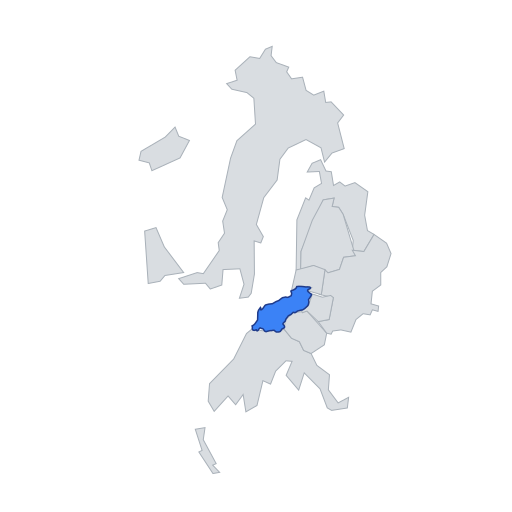 Albania and the surrounding countries, rotated 61°
{"feature_id": "ALB", "entity_name": "Albania", "entity_type": "country or territory", "adm_level": 0, "iso_a3": "ALB", "parent_name": "Europe", "parent_adm1": "", "projection": "mercator", "projection_center": [20.103, 41.151], "detail": "fine", "context": "with_neighbors", "style": "filled", "palette": "blue", "viewbox_px": 512, "rotation_deg": 61, "n_neighbors": 8, "source": "natural_earth", "source_scale": "50m", "svg_char_len": 4811}
<svg xmlns="http://www.w3.org/2000/svg" viewBox="0 0 512 512"><g transform="rotate(61 256 256)"><path d="M427.6,392.7L425.4,399.1L399.7,401.0L399.9,397.4L378.1,393.1L381.4,383.8L391.1,391.2L418.3,391.5L417.9,395.3L427.6,392.7ZM368.0,255.1L381.2,255.8L395.5,249.3L408.1,257.6L424.3,255.4L424.5,243.5L433.2,249.8L427.7,264.7L423.4,267.3L403.3,264.4L381.6,270.5L394.0,283.7L375.0,287.5L365.6,275.5L362.2,280.6L366.2,294.6L375.1,305.4L368.4,310.4L387.2,327.6L387.4,340.4L370.9,334.4L376.2,345.9L364.9,348.3L371.6,367.9L359.8,368.2L345.1,358.5L335.3,325.5L319.2,301.9L318.0,295.4L326.3,284.1L327.4,276.5L333.2,273.1L333.5,266.9L345.2,264.8L352.0,259.6L361.7,260.1L368.0,255.1Z" fill="#d9dde1" stroke="#a8b0b8" stroke-width="1"/><path d="M254.0,127.0L273.0,141.2L287.8,146.2L294.4,142.3L304.4,159.5L297.6,169.0L289.5,163.4L261.8,159.6L253.5,160.1L249.6,165.4L243.2,159.6L239.5,170.0L273.8,214.4L289.6,223.6L287.7,227.7L244.2,202.7L229.2,184.4L232.8,182.6L224.6,172.1L224.3,163.5L212.8,159.6L207.4,170.5L202.1,162.0L203.1,152.8L215.6,153.6L218.8,149.3L231.9,154.0L231.8,146.9L238.0,144.2L239.8,133.9L254.0,127.0Z" fill="#d9dde1" stroke="#a8b0b8" stroke-width="1"/><path d="M144.7,116.8L155.5,120.6L157.6,115.6L175.2,111.0L179.2,120.1L204.8,126.8L202.8,139.6L207.1,150.5L192.9,146.7L178.4,155.8L177.2,175.5L183.0,188.2L199.8,200.7L208.7,220.9L228.6,240.4L242.6,240.2L246.9,245.5L241.9,250.3L271.0,266.1L286.3,278.3L288.2,282.7L284.9,291.0L274.9,280.2L259.4,276.3L251.9,291.4L264.8,300.0L262.7,312.0L255.3,313.4L245.7,332.9L238.3,334.6L242.0,315.5L245.9,310.6L233.4,285.5L226.0,282.6L220.8,272.5L209.3,268.2L201.6,258.7L188.4,257.2L158.1,230.8L145.9,216.8L140.4,192.5L117.0,181.4L108.7,184.7L98.4,196.3L91.0,198.1L93.1,187.3L83.4,184.2L78.8,164.7L85.0,157.0L79.7,147.5L80.5,140.2L88.1,145.7L96.7,144.5L106.7,135.8L109.8,139.9L118.3,139.0L122.2,128.6L135.4,131.9L143.3,127.5L144.7,116.8ZM203.6,331.8L235.4,327.3L228.9,345.1L231.6,352.1L227.8,363.6L180.2,341.3L182.7,329.7L203.6,331.8ZM113.8,265.5L122.7,258.2L133.4,274.9L130.9,305.7L122.8,304.2L115.5,311.9L108.7,305.8L108.0,277.8L104.0,264.3L113.8,265.5Z" fill="#d9dde1" stroke="#a8b0b8" stroke-width="1"/><path d="M289.6,223.6L273.8,214.4L252.1,189.5L239.5,170.0L243.2,159.6L249.6,165.4L253.5,160.1L261.8,159.6L304.0,168.9L299.6,180.0L308.2,189.5L305.6,201.2L292.2,210.2L289.6,223.6Z" fill="#d9dde1" stroke="#a8b0b8" stroke-width="1"/><path d="M357.8,231.6L366.8,239.3L368.0,255.1L361.7,260.1L352.0,259.6L345.2,264.8L333.5,266.9L326.1,261.1L323.6,250.9L328.9,238.1L357.8,231.6Z" fill="#d9dde1" stroke="#a8b0b8" stroke-width="1"/><path d="M294.4,142.3L308.1,135.6L319.3,136.7L328.9,146.8L330.9,154.9L341.8,160.9L343.2,171.3L353.6,178.6L359.2,173.0L363.6,176.1L359.5,180.3L362.8,184.7L358.4,190.3L360.0,199.3L368.6,209.9L361.8,217.6L358.8,225.3L360.8,228.2L357.8,231.6L343.5,233.4L347.0,222.8L329.9,208.5L319.9,219.7L321.4,217.6L301.4,202.3L305.6,201.2L308.2,189.5L299.6,180.0L304.0,168.9L297.6,169.0L304.4,159.5L294.4,142.3Z" fill="#d9dde1" stroke="#a8b0b8" stroke-width="1"/><path d="M321.4,217.6L311.8,227.3L310.6,222.7L302.9,234.6L304.1,242.3L287.7,227.7L292.2,210.2L301.4,202.3L321.4,217.6Z" fill="#d9dde1" stroke="#a8b0b8" stroke-width="1"/><path d="M325.9,242.8L324.7,234.1L316.6,225.1L324.2,217.9L326.7,209.8L329.9,208.5L347.0,222.8L343.5,233.4L328.9,238.1L328.1,243.0L325.9,242.8Z" fill="#d9dde1" stroke="#a8b0b8" stroke-width="1"/><path d="M303.6,242.5L303.6,241.3L303.9,239.4L303.8,238.7L303.9,237.7L303.4,236.2L302.5,235.2L303.3,233.3L304.6,231.1L305.8,229.3L307.2,227.5L308.1,225.7L309.2,224.1L310.0,223.7L310.5,224.0L310.7,224.7L310.6,226.7L310.9,227.3L311.5,227.8L312.8,227.6L314.2,227.1L316.1,226.1L316.5,226.1L317.2,226.7L318.6,229.1L319.6,231.2L321.5,231.9L322.6,232.7L324.0,233.9L324.7,235.2L325.6,239.0L325.7,241.3L325.4,242.4L325.2,242.6L324.3,246.4L324.5,248.3L324.5,249.5L323.8,250.0L323.3,250.8L324.1,253.9L324.0,255.2L324.0,256.7L325.5,260.1L326.3,261.2L327.0,261.7L328.0,264.9L328.5,265.4L330.9,265.1L332.0,265.4L332.4,266.2L332.5,266.7L332.4,268.5L333.0,269.8L333.7,271.2L333.7,272.1L333.2,273.5L332.3,275.1L331.1,275.7L329.7,276.2L329.1,277.5L328.7,278.8L328.1,279.8L327.8,280.9L327.2,283.1L327.1,283.9L326.1,284.7L324.7,285.0L323.5,285.1L322.6,285.5L322.2,286.2L321.4,286.8L320.9,287.1L320.9,287.8L321.5,289.2L322.1,290.3L322.1,291.2L321.8,291.5L320.8,291.4L320.6,291.7L320.5,292.7L320.2,293.6L319.8,294.1L319.0,294.7L317.7,294.5L316.4,293.6L315.7,293.4L315.3,293.4L315.2,291.3L314.7,289.6L312.7,285.6L306.1,281.7L304.6,280.0L303.9,278.5L303.2,277.1L303.9,277.1L304.5,277.4L305.3,277.9L305.7,277.2L305.3,275.6L303.6,272.1L303.5,271.1L304.3,268.1L305.7,264.7L305.6,260.6L306.0,257.6L305.6,255.5L305.3,253.1L306.3,249.8L307.2,249.0L307.7,247.9L307.8,244.4L305.8,242.8L303.6,242.5Z" fill="#3b82f6" stroke="#1e3a8a" stroke-width="1.5"/></g></svg>